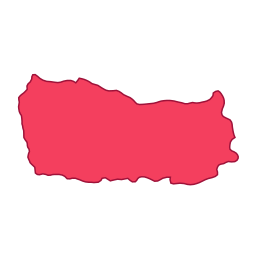 outline of Vargem Grande do Rio Pardo, Minas Gerais, Brazil, rotated 84°
{"feature_id": "56859067B74377484485590", "entity_name": "Vargem Grande do Rio Pardo", "entity_type": "district", "adm_level": 2, "iso_a3": "BRA", "parent_name": "Brazil", "parent_adm1": "Minas Gerais", "projection": "equal_earth", "projection_center": [-42.301, -15.332], "detail": "fine", "context": "isolated", "style": "filled", "palette": "rose", "viewbox_px": 256, "rotation_deg": 84, "n_neighbors": 0, "source": "geoboundaries", "source_scale": "gbopen_adm2", "svg_char_len": 2820}
<svg xmlns="http://www.w3.org/2000/svg" viewBox="0 0 256 256"><g transform="rotate(84 128 128)"><path d="M172.1,193.8L172.5,191.1L172.1,188.7L172.5,185.5L173.5,183.5L174.3,181.7L176.1,178.4L177.2,175.7L177.8,172.9L178.2,169.8L178.7,167.6L178.8,163.2L177.3,160.4L175.3,159.0L175.1,155.7L177.1,153.1L178.7,151.1L178.2,147.5L177.8,143.7L178.6,139.8L178.3,136.4L178.1,133.4L180.4,131.3L182.0,129.3L182.2,126.3L180.8,124.7L179.3,123.6L178.2,121.9L177.9,119.6L178.3,116.8L179.4,114.2L180.7,111.8L182.2,109.4L183.7,107.1L183.8,104.0L182.7,101.2L181.6,98.7L181.0,94.4L181.4,91.0L183.8,91.6L187.3,91.1L188.3,88.6L188.3,84.7L188.3,82.1L189.1,78.0L190.3,74.8L190.9,71.9L190.9,68.5L190.4,65.5L189.8,63.0L188.7,59.9L187.5,56.7L186.6,53.3L186.1,49.5L185.3,46.3L183.8,43.9L181.2,43.6L178.4,44.1L176.1,43.0L174.5,41.8L173.7,39.8L173.4,36.5L172.5,34.3L171.8,31.8L172.5,28.6L172.6,25.3L171.5,23.0L169.7,21.7L168.1,21.4L166.4,21.8L164.5,22.9L162.8,25.0L161.5,27.3L159.8,28.8L158.0,28.9L156.1,28.6L154.5,28.2L152.5,27.5L150.2,25.6L148.6,22.6L146.3,23.3L143.7,23.7L141.7,23.9L138.4,24.1L135.0,24.1L133.0,24.4L130.7,25.6L129.6,27.3L128.1,29.8L126.5,32.1L124.6,33.2L122.2,33.4L120.6,32.8L118.6,32.1L116.7,31.0L115.1,30.3L113.4,29.7L110.5,29.5L108.4,29.8L106.3,30.5L103.8,31.7L101.9,32.9L100.5,34.5L100.8,37.1L102.1,39.5L104.7,40.1L106.4,41.6L108.2,43.6L109.4,46.8L109.8,49.2L110.0,51.4L110.4,54.2L110.4,56.9L110.0,59.1L109.4,61.1L109.7,63.7L110.1,66.1L109.8,68.9L108.5,72.0L107.6,74.9L106.9,76.9L106.0,79.3L105.1,83.0L104.7,86.1L104.6,89.2L104.7,92.2L105.1,94.4L105.7,97.0L106.1,100.1L106.1,102.8L106.1,105.5L106.1,108.3L106.0,111.6L105.8,114.3L104.9,116.7L103.1,118.2L101.0,119.7L99.5,121.1L98.0,122.8L96.5,125.5L94.4,128.9L92.2,131.2L90.6,133.2L89.4,135.6L89.4,138.8L89.1,143.2L88.1,146.0L86.7,148.1L85.3,150.0L84.0,151.6L82.4,153.6L81.2,156.6L80.1,159.2L78.5,161.0L77.2,162.8L76.1,164.6L75.1,166.5L74.2,168.8L73.4,171.3L75.4,173.0L77.6,175.2L75.9,177.4L74.8,179.8L74.4,183.7L74.7,187.1L75.4,190.2L75.5,193.1L74.9,195.9L73.8,200.3L73.1,204.1L71.5,207.7L69.4,210.5L67.2,212.5L65.2,214.7L65.1,217.1L66.9,218.2L69.4,218.7L72.0,220.5L73.7,222.8L75.7,224.1L79.0,224.2L80.9,226.3L82.3,228.1L83.7,230.5L85.0,232.2L86.4,233.5L88.7,233.6L90.9,233.4L93.2,234.0L95.4,234.6L97.4,234.6L100.3,234.4L102.5,233.7L104.5,232.7L107.7,232.6L110.5,232.7L112.8,233.0L114.8,232.6L117.2,232.5L119.7,232.0L122.8,232.2L124.7,232.4L126.7,232.5L129.1,231.4L131.5,230.0L133.3,229.8L135.0,229.9L136.6,229.7L138.8,228.6L141.2,228.5L142.7,229.4L144.4,230.0L146.5,230.6L148.8,230.0L150.5,229.4L152.2,229.0L153.9,227.7L155.5,226.3L157.3,224.8L160.5,224.8L163.1,224.8L164.7,223.1L165.2,221.0L164.7,217.5L165.6,214.5L166.6,212.6L166.8,210.3L166.4,207.6L166.6,205.1L167.0,201.3L167.9,198.3L169.5,195.9L172.1,193.8Z" fill="#f43f5e" stroke="#9f1239" stroke-width="1.5"/></g></svg>